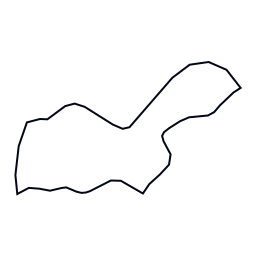 map outline of Dire Dawa (Natural Earth projection)
{"feature_id": "ETH-3135", "entity_name": "Dire Dawa", "entity_type": "Administrative State", "adm_level": 1, "iso_a3": "ETH", "parent_name": "Ethiopia", "parent_adm1": "", "projection": "natural_earth1", "projection_center": [42.031, 9.627], "detail": "fine", "context": "isolated", "style": "outline", "palette": "ink", "viewbox_px": 256, "rotation_deg": 0, "n_neighbors": 0, "source": "natural_earth", "source_scale": "10m", "svg_char_len": 630}
<svg xmlns="http://www.w3.org/2000/svg" viewBox="0 0 256 256"><path d="M240.6,87.9L233.6,92.4L219.8,105.5L214.2,112.1L207.9,115.5L189.1,117.3L180.1,121.2L169.1,128.2L164.0,132.2L162.1,135.9L163.6,141.3L170.6,154.4L169.0,164.7L159.9,174.5L149.3,184.1L142.9,193.5L120.9,180.8L110.9,180.5L89.9,191.2L85.9,192.5L81.5,192.9L76.6,191.7L66.2,187.4L61.5,188.0L50.0,190.7L39.4,188.7L28.8,187.9L17.3,194.0L15.4,175.1L18.7,146.2L26.9,122.4L40.0,119.0L47.4,119.3L65.2,106.1L74.6,103.6L84.6,106.8L112.9,124.6L122.7,128.8L129.5,127.2L172.4,77.7L189.7,64.7L208.6,62.0L226.5,69.8L240.6,87.9Z" fill="none" stroke="#020617" stroke-width="2"/></svg>